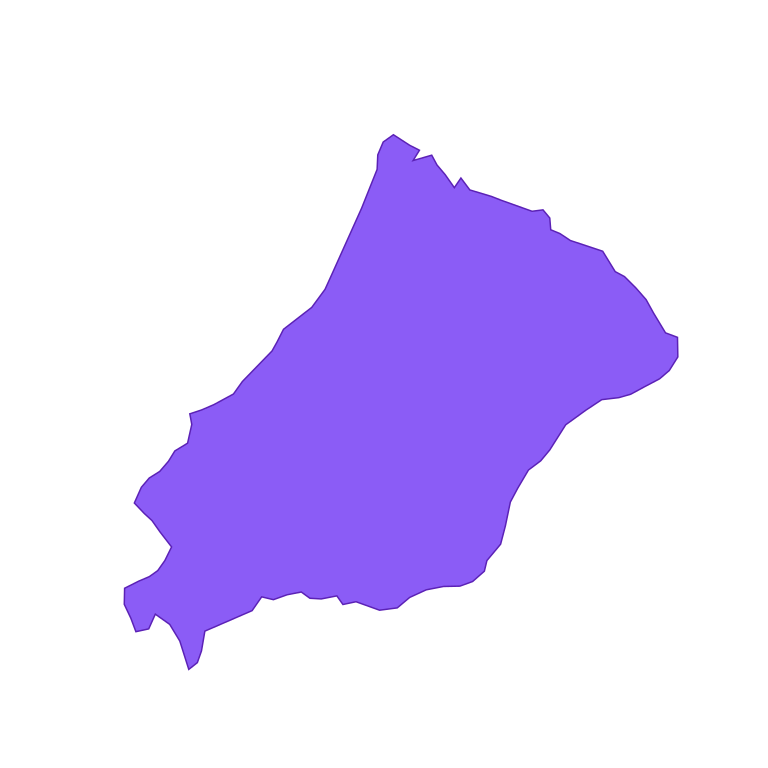 the district of Orobó, Pernambuco, Brazil, rotated 169°
{"feature_id": "56859067B28170275518336", "entity_name": "Orobó", "entity_type": "district", "adm_level": 2, "iso_a3": "BRA", "parent_name": "Brazil", "parent_adm1": "Pernambuco", "projection": "albers", "projection_center": [-35.592, -7.713], "detail": "fine", "context": "isolated", "style": "filled", "palette": "violet", "viewbox_px": 768, "rotation_deg": 169, "n_neighbors": 0, "source": "geoboundaries", "source_scale": "gbopen_adm2", "svg_char_len": 1428}
<svg xmlns="http://www.w3.org/2000/svg" viewBox="0 0 768 768"><g transform="rotate(169 384 384)"><path d="M300.1,204.5L291.9,221.6L282.5,244.0L272.6,256.2L258.6,272.0L244.8,278.7L233.9,287.6L213.4,309.3L190.8,319.8L173.2,327.1L156.0,325.8L143.7,326.9L129.1,331.5L112.5,336.5L101.4,342.8L90.4,354.5L87.0,373.8L97.9,380.5L105.9,402.3L110.6,416.8L118.4,430.2L127.4,443.5L135.6,450.2L144.0,472.6L173.7,489.3L182.5,498.0L190.9,503.6L189.6,515.3L194.7,524.6L205.7,525.3L233.9,542.0L242.7,547.6L262.7,558.1L269.2,571.5L277.5,563.3L284.0,577.8L290.2,588.9L293.5,599.5L312.8,597.8L304.6,606.7L313.2,613.4L327.2,626.9L338.6,621.7L346.4,610.1L349.8,596.0L372.4,560.9L415.6,499.7L423.8,488.2L440.3,473.0L472.2,456.9L481.0,445.6L487.6,437.8L522.5,413.5L533.7,402.9L555.0,396.2L568.3,393.3L580.3,391.8L580.4,381.0L588.1,363.4L602.1,358.2L610.3,349.3L620.8,341.0L632.4,336.5L641.9,328.9L651.8,314.8L644.0,302.6L637.8,294.2L632.0,281.3L623.6,264.6L632.8,252.5L641.7,244.0L651.1,239.7L662.3,237.3L677.6,233.0L681.0,217.3L677.2,202.4L674.8,188.2L661.7,188.5L652.4,201.7L640.2,188.9L633.5,170.7L630.1,141.1L620.4,146.1L614.1,156.8L607.0,175.6L556.7,186.7L544.7,198.4L533.7,193.4L519.3,195.6L504.9,195.6L497.6,187.8L486.6,185.0L470.7,185.0L466.4,175.4L453.0,175.6L431.5,162.8L413.7,161.7L399.5,169.6L381.8,173.9L364.2,173.9L348.1,171.1L334.7,173.2L321.2,181.1L316.7,191.0L300.1,204.5Z" fill="#8b5cf6" stroke="#5b21b6" stroke-width="1.5"/></g></svg>